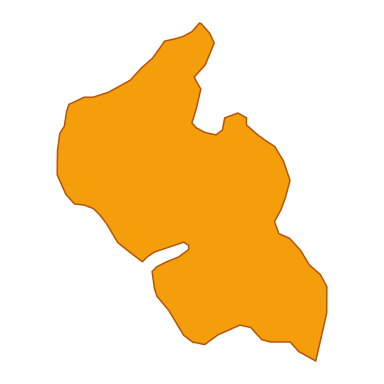 Janggang, Chagang-do, North Korea (Albers equal-area conic projection)
{"feature_id": "82179303B52063530776064", "entity_name": "Janggang", "entity_type": "district", "adm_level": 2, "iso_a3": "PRK", "parent_name": "North Korea", "parent_adm1": "Chagang-do", "projection": "albers", "projection_center": [126.732, 41.061], "detail": "fine", "context": "isolated", "style": "filled", "palette": "amber", "viewbox_px": 384, "rotation_deg": 0, "n_neighbors": 0, "source": "geoboundaries", "source_scale": "gbopen_adm2", "svg_char_len": 1259}
<svg xmlns="http://www.w3.org/2000/svg" viewBox="0 0 384 384"><path d="M199.6,23.0L191.8,31.7L183.0,36.5L174.3,39.0L164.6,41.1L161.1,46.3L152.3,58.4L141.3,68.1L130.3,80.2L117.1,87.5L108.3,92.3L93.0,97.2L84.2,97.2L68.9,104.4L67.2,109.7L66.6,111.7L64.3,126.3L59.8,133.5L57.5,150.5L57.3,162.6L57.2,174.8L61.5,184.5L65.8,194.2L74.4,203.9L84.2,205.1L93.5,208.6L100.3,215.5L106.6,223.8L117.7,242.5L129.9,252.3L142.4,261.8L147.2,256.9L154.5,252.0L169.1,247.1L183.6,242.2L188.7,245.5L188.5,249.6L178.8,256.9L166.6,261.8L156.9,266.7L152.1,271.6L154.5,288.7L156.9,296.1L169.0,310.7L176.3,323.0L183.6,335.2L193.3,342.6L193.7,342.2L204.6,344.6L217.9,334.9L228.9,330.0L239.9,325.1L250.8,327.5L261.7,339.6L270.4,342.0L279.2,342.0L290.2,342.0L298.9,351.7L315.7,361.0L317.8,351.9L322.3,332.5L326.7,313.1L326.8,291.3L326.8,286.5L325.3,283.8L320.3,274.5L309.3,264.9L300.6,250.4L289.7,238.4L278.8,233.6L274.5,221.6L281.1,209.4L285.5,197.3L290.0,180.4L283.5,161.1L274.8,146.6L263.9,139.4L257.4,134.6L246.5,125.0L246.5,117.8L237.8,113.0L224.7,117.9L222.4,130.0L215.9,134.9L205.0,132.5L196.3,127.8L191.9,122.9L196.4,108.4L198.6,98.7L200.8,89.0L196.5,81.8L194.3,77.0L205.3,64.8L214.2,43.0L209.8,33.4L201.2,23.7L199.6,23.0Z" fill="#f59e0b" stroke="#b45309" stroke-width="1.5"/></svg>